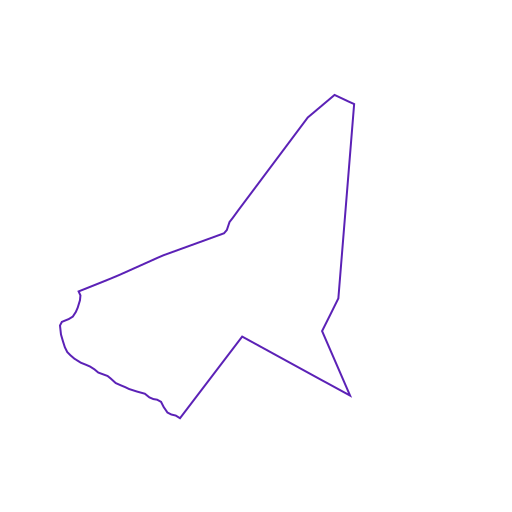 São José do Divino, Piauí, Brazil, rotated 296°
{"feature_id": "56859067B31745956346531", "entity_name": "São José do Divino", "entity_type": "district", "adm_level": 2, "iso_a3": "BRA", "parent_name": "Brazil", "parent_adm1": "Piauí", "projection": "robinson", "projection_center": [-41.916, -3.781], "detail": "fine", "context": "isolated", "style": "outline", "palette": "violet", "viewbox_px": 512, "rotation_deg": 296, "n_neighbors": 0, "source": "geoboundaries", "source_scale": "gbopen_adm2", "svg_char_len": 870}
<svg xmlns="http://www.w3.org/2000/svg" viewBox="0 0 512 512"><g transform="rotate(296 256 256)"><path d="M171.8,401.7L190.9,379.4L217.5,348.3L236.9,348.5L254.0,348.6L435.6,277.6L435.4,271.4L435.2,256.0L403.2,241.8L369.2,235.3L289.7,220.1L280.1,218.4L275.0,217.3L266.6,218.4L262.4,217.3L216.2,172.6L211.1,168.2L178.5,141.0L170.9,134.3L146.4,112.1L143.6,115.5L139.0,117.2L131.4,118.4L126.7,118.6L121.2,117.9L117.3,115.4L111.7,110.4L107.6,110.3L100.0,115.1L94.8,119.8L90.2,124.2L86.9,128.5L85.4,132.8L84.1,137.8L83.3,145.3L83.7,150.8L83.9,155.3L83.3,160.5L82.1,165.3L82.5,169.3L83.1,175.2L82.2,179.1L80.3,185.6L80.5,191.2L80.8,196.0L80.8,200.2L82.0,208.5L83.5,216.5L82.2,222.1L82.4,226.4L83.5,230.1L83.3,234.6L79.8,239.2L76.5,245.0L76.4,249.3L77.4,253.8L76.9,258.8L177.5,278.9L173.2,370.2L173.0,375.5L171.8,401.7Z" fill="none" stroke="#5b21b6" stroke-width="2"/></g></svg>